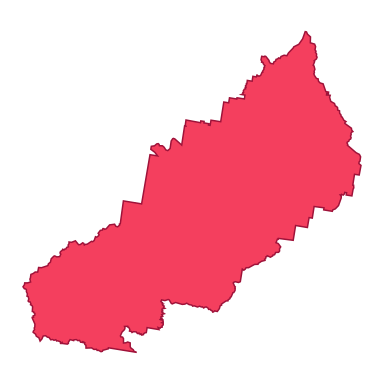 the district of Singleton, New South Wales, Australia
{"feature_id": "25037944B56685676634678", "entity_name": "Singleton", "entity_type": "district", "adm_level": 2, "iso_a3": "AUS", "parent_name": "Australia", "parent_adm1": "New South Wales", "projection": "mercator", "projection_center": [150.791, -32.605], "detail": "fine", "context": "isolated", "style": "filled", "palette": "rose", "viewbox_px": 384, "rotation_deg": 0, "n_neighbors": 0, "source": "geoboundaries", "source_scale": "gbopen_adm2", "svg_char_len": 5910}
<svg xmlns="http://www.w3.org/2000/svg" viewBox="0 0 384 384"><path d="M332.3,211.3L332.9,209.8L335.3,208.9L338.5,205.6L341.2,198.0L341.3,196.5L340.3,195.0L341.3,195.1L341.5,194.4L343.2,195.1L344.4,193.9L344.7,192.4L346.6,192.7L346.2,195.0L351.9,195.9L353.1,189.2L353.8,187.9L353.6,185.2L352.8,185.1L354.5,174.3L359.2,175.0L361.0,165.4L358.9,163.6L359.1,161.9L359.9,161.3L360.6,156.8L359.4,154.4L356.1,152.7L347.5,145.3L347.8,144.7L347.0,142.9L347.3,142.1L348.8,141.2L349.4,139.6L350.6,139.1L351.1,137.7L350.5,136.0L351.2,134.7L350.9,133.6L351.6,132.2L352.9,131.6L351.7,130.1L351.4,128.2L344.8,123.4L345.0,122.4L346.0,121.6L343.8,120.2L342.1,117.0L341.3,116.7L340.8,114.5L339.7,113.5L339.5,110.7L337.7,110.1L337.6,107.7L336.6,106.5L335.3,106.0L334.5,103.5L330.8,101.4L329.6,97.3L330.2,95.3L326.5,95.0L326.7,93.4L328.4,93.7L328.6,92.1L325.8,91.6L323.1,83.8L320.2,83.0L318.5,81.3L318.1,78.8L316.5,78.5L314.6,75.7L313.8,73.7L314.4,72.8L314.1,71.4L314.9,69.3L314.0,65.9L313.2,65.3L314.6,61.6L314.1,60.8L316.4,59.0L317.1,57.1L316.4,56.2L316.6,54.0L315.5,52.3L316.0,51.2L315.0,49.8L315.6,46.6L314.6,44.1L310.3,42.8L310.5,36.9L307.5,34.2L306.5,31.9L305.2,31.6L302.6,38.9L298.8,44.3L293.8,46.8L293.1,48.1L288.5,52.9L286.9,55.7L284.1,55.2L281.0,56.5L280.1,58.4L278.6,57.9L277.6,58.9L276.0,59.4L275.6,61.0L273.8,62.0L273.4,63.8L270.5,63.4L269.2,61.6L269.0,60.4L265.9,56.5L264.9,56.1L264.3,56.7L261.7,56.3L261.0,59.8L261.8,61.4L261.6,62.2L263.0,62.5L263.2,63.7L264.9,65.7L264.4,66.1L264.5,67.5L263.8,67.9L264.0,69.1L262.5,71.4L262.8,72.1L261.9,72.6L260.7,75.3L259.4,76.1L258.6,76.1L257.0,75.0L256.7,75.4L257.1,76.0L256.3,76.9L252.9,76.3L252.1,81.2L247.3,80.4L246.9,83.6L246.4,83.6L246.4,84.8L245.5,85.7L246.0,87.2L245.2,87.4L245.6,88.8L244.4,89.1L243.3,90.9L243.6,92.3L242.8,92.7L243.1,93.8L241.4,94.5L244.9,95.1L244.4,98.9L237.0,97.8L236.8,99.0L229.5,97.8L228.7,102.8L223.8,102.0L220.7,121.7L211.0,120.2L210.1,125.4L208.5,125.1L208.8,123.7L204.0,122.9L203.8,123.6L204.1,121.4L200.8,120.9L200.5,122.7L186.0,120.0L185.3,124.9L185.8,126.1L184.6,125.9L181.7,145.1L174.8,138.9L173.4,138.4L172.7,138.7L171.2,141.0L170.1,148.5L167.8,150.6L165.8,149.9L164.2,147.3L162.5,145.8L159.4,145.7L159.1,144.4L158.2,143.6L156.7,143.9L154.5,145.8L151.3,146.3L150.8,149.3L154.8,152.3L157.6,155.9L150.0,154.7L141.6,203.9L123.4,200.9L120.3,223.6L119.4,224.1L119.7,225.0L117.7,226.8L115.8,226.3L114.6,224.2L109.6,224.9L106.2,228.8L104.7,229.3L103.9,228.6L102.9,228.6L102.5,230.0L100.3,230.4L98.1,233.3L99.1,234.7L98.5,235.8L96.7,237.2L95.5,236.7L94.2,240.5L92.7,241.7L91.5,241.3L87.2,244.2L85.2,244.4L84.3,245.0L83.8,243.4L82.7,242.8L80.2,244.6L78.6,244.7L75.4,240.8L71.6,242.3L69.0,242.0L69.0,243.7L68.1,245.0L68.4,246.8L66.7,247.4L65.9,248.9L64.4,249.2L63.9,250.0L62.7,249.3L62.3,250.2L60.4,251.7L60.0,253.0L60.8,254.1L59.7,256.6L56.8,256.9L54.7,255.9L53.8,256.2L51.2,258.8L50.4,262.2L48.4,263.8L47.9,265.6L41.5,267.7L38.6,267.5L37.7,272.1L35.2,272.0L33.2,273.5L30.9,274.4L30.4,278.0L29.9,279.1L30.6,282.0L27.5,282.9L24.7,282.9L24.5,284.6L23.0,286.8L24.4,288.8L25.6,288.9L26.4,289.8L26.4,291.7L27.4,293.8L27.0,296.2L28.1,296.5L28.8,298.9L28.1,301.0L28.8,301.8L30.1,301.9L30.9,303.8L30.5,304.7L32.0,305.6L32.6,306.8L32.3,311.5L33.7,311.9L33.8,312.7L34.9,313.4L34.8,315.2L33.2,315.8L33.5,317.2L32.3,317.2L32.1,317.7L34.9,324.1L34.8,327.0L34.2,328.0L34.6,329.5L33.3,331.2L33.1,332.3L35.6,334.2L36.3,336.2L38.9,337.8L40.1,341.1L41.9,339.0L43.2,336.0L45.6,335.7L47.3,337.1L49.1,337.5L50.7,339.8L52.7,339.5L54.0,340.3L55.8,339.7L56.6,341.0L57.7,340.8L60.3,341.7L60.5,343.3L61.0,343.6L62.1,342.4L62.6,343.5L67.4,344.1L68.4,343.4L68.3,342.4L70.1,339.6L73.7,340.6L74.0,339.8L76.4,339.6L77.7,340.6L79.6,340.4L80.6,342.2L81.8,342.3L82.8,341.6L84.3,342.4L83.6,342.7L84.5,342.9L84.9,344.5L85.9,345.2L86.0,348.1L91.6,347.9L93.9,349.4L96.5,349.3L97.1,350.4L98.5,350.3L101.0,351.7L102.4,351.3L102.8,350.3L108.3,348.8L108.4,347.8L136.7,352.4L133.9,351.2L133.3,349.8L130.7,347.8L130.2,346.6L130.2,342.9L127.7,342.0L125.9,342.8L123.5,343.0L123.5,338.6L122.6,337.1L120.7,336.8L120.4,335.8L122.0,332.1L124.5,329.6L125.0,328.0L124.5,326.4L127.7,326.3L127.7,327.0L128.7,327.4L129.8,329.3L129.5,331.1L131.4,331.5L132.0,332.5L133.4,331.7L135.5,331.8L136.3,332.0L137.4,333.5L139.0,333.1L139.1,333.8L140.7,333.9L140.5,334.4L141.5,334.3L141.8,335.1L143.5,334.6L143.6,333.7L145.1,332.8L146.3,332.6L147.1,327.6L159.0,329.6L158.1,327.5L160.1,328.2L160.9,327.3L162.1,327.2L162.2,325.7L163.2,324.9L163.2,323.0L161.9,322.7L163.2,321.9L162.9,319.8L161.3,320.1L162.3,319.4L162.0,318.5L160.6,319.7L160.1,319.5L160.9,318.6L161.0,316.8L162.8,316.2L161.7,314.5L164.3,313.7L161.8,312.0L161.9,311.3L162.8,310.9L162.0,309.8L162.1,309.0L164.8,308.3L163.5,307.5L164.2,306.1L162.6,305.2L162.5,304.5L163.2,304.0L162.2,303.7L162.5,302.7L160.9,301.6L161.6,299.9L164.9,300.6L168.2,299.5L169.2,299.9L171.2,303.3L172.2,303.9L175.6,302.5L182.3,304.4L184.9,304.1L186.7,303.2L189.1,304.6L191.8,305.1L192.7,306.2L194.1,305.8L197.5,307.0L199.7,306.2L201.3,307.0L202.4,306.8L203.7,308.0L205.0,307.1L206.5,307.0L208.2,308.3L208.6,309.4L210.3,309.4L210.9,310.3L212.0,310.7L212.7,312.1L213.6,311.9L214.5,310.9L217.3,311.5L219.4,308.6L220.1,305.9L221.6,305.1L221.4,304.1L226.0,301.0L228.0,300.8L228.1,299.9L230.0,298.6L230.1,297.5L231.2,296.8L232.9,292.7L233.8,292.5L235.0,290.6L235.2,288.4L234.8,288.1L235.3,286.9L234.6,286.2L233.2,283.0L233.6,282.4L235.2,281.7L238.5,282.5L240.3,281.7L242.3,269.1L243.8,270.2L245.2,269.2L246.1,267.7L248.6,267.7L254.6,264.4L258.0,264.3L258.4,263.3L261.5,261.3L265.0,260.4L264.6,259.2L265.6,258.7L265.9,256.8L266.8,256.6L267.2,255.7L270.4,257.2L272.7,255.9L272.8,255.2L274.6,254.7L275.6,252.5L278.6,252.3L279.6,251.0L279.5,248.8L280.7,246.9L278.2,243.5L276.0,242.7L277.4,239.2L278.2,239.3L278.3,238.4L293.2,240.3L295.6,225.5L307.4,227.5L309.1,217.6L312.3,218.1L314.1,206.5L324.0,207.8L323.7,209.9L332.3,211.3Z" fill="#f43f5e" stroke="#9f1239" stroke-width="1.5"/></svg>